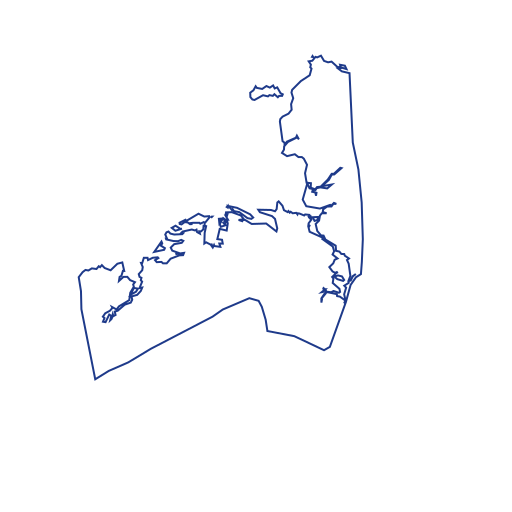 Kaimana, Papua Barat, Indonesia, rotated 133°
{"feature_id": "22746128B93097528927367", "entity_name": "Kaimana", "entity_type": "district", "adm_level": 2, "iso_a3": "IDN", "parent_name": "Indonesia", "parent_adm1": "Papua Barat", "projection": "albers", "projection_center": [133.918, -3.548], "detail": "fine", "context": "isolated", "style": "outline", "palette": "blue", "viewbox_px": 512, "rotation_deg": 133, "n_neighbors": 0, "source": "geoboundaries", "source_scale": "gbopen_adm2", "svg_char_len": 6158}
<svg xmlns="http://www.w3.org/2000/svg" viewBox="0 0 512 512"><g transform="rotate(133 256 256)"><path d="M414.0,347.4L455.8,289.5L440.4,285.3L421.0,276.9L395.5,269.6L330.0,246.4L317.8,243.8L291.4,232.1L287.0,223.5L289.2,217.1L296.0,205.5L303.1,196.5L288.5,173.3L278.5,142.0L272.1,140.0L228.3,158.9L212.6,167.1L203.4,168.4L197.7,166.9L188.2,174.5L170.9,189.3L144.8,215.2L122.9,240.1L107.0,262.6L58.5,312.3L62.4,319.1L62.9,324.0L59.5,321.2L57.6,317.3L56.2,320.8L58.8,324.9L59.6,323.4L62.2,324.8L62.3,333.3L65.2,335.4L66.9,339.3L65.2,345.1L69.0,346.7L69.8,348.3L74.8,348.0L77.7,350.2L78.6,346.4L81.0,345.0L81.1,343.2L87.2,340.0L97.5,342.5L109.8,342.9L112.3,341.5L115.2,336.4L121.0,333.9L124.7,329.7L129.7,329.3L135.9,331.6L139.3,331.6L141.4,330.2L153.9,314.9L153.7,312.5L155.4,310.7L151.3,311.4L142.3,307.5L140.1,308.2L141.4,304.2L141.2,306.8L150.8,310.4L156.6,310.2L159.1,308.1L162.9,307.3L161.8,301.4L155.1,297.0L154.7,292.4L152.4,290.0L152.2,287.4L154.5,280.9L162.0,276.6L167.9,269.0L165.3,265.5L168.7,262.6L166.8,258.1L164.0,258.4L161.2,256.0L151.2,255.6L144.3,256.7L142.8,255.1L134.0,254.5L133.4,253.4L143.0,254.4L144.8,256.1L150.7,254.6L160.2,255.5L152.0,249.3L158.0,250.0L161.9,255.7L165.0,257.9L167.2,257.5L167.8,258.7L170.1,258.0L168.5,254.9L171.0,253.2L169.1,255.9L170.7,258.7L168.1,259.9L170.0,263.0L167.9,268.0L182.9,260.3L185.3,253.2L177.7,241.6L168.0,236.6L167.8,235.3L164.0,235.2L163.1,232.8L165.1,235.0L168.3,234.6L171.3,237.7L176.1,238.7L178.3,237.2L176.6,233.5L179.9,237.0L182.8,236.8L187.1,234.0L191.9,234.2L195.9,228.3L196.6,222.5L195.0,220.5L196.6,216.5L194.1,204.8L197.6,201.0L195.9,198.0L196.3,195.0L194.4,192.8L195.2,191.3L194.4,186.3L196.9,186.7L198.4,183.0L206.2,173.4L210.7,171.6L208.9,170.2L204.9,171.5L201.1,170.7L204.9,171.3L209.3,170.0L211.1,171.2L212.5,169.9L217.5,171.2L217.7,168.5L223.9,165.4L228.2,159.1L230.5,158.5L228.9,159.4L230.5,159.8L228.8,159.5L227.7,160.8L228.5,167.0L230.0,169.3L228.8,170.9L233.5,178.7L234.8,180.1L235.7,179.5L242.2,179.1L242.8,178.1L245.5,176.4L242.4,179.3L234.6,180.5L233.6,182.6L236.6,182.5L237.7,183.3L233.5,182.8L234.1,183.3L234.2,183.9L234.0,184.5L233.4,184.7L233.2,181.8L234.3,180.5L231.2,176.3L228.7,175.4L226.3,170.3L224.9,170.0L223.1,172.6L223.4,181.5L219.7,184.0L219.4,186.0L214.1,185.7L215.1,189.5L214.1,194.8L208.7,194.5L205.1,195.9L202.2,194.7L202.7,201.0L199.2,202.1L196.7,206.3L198.3,219.0L196.9,219.1L201.7,233.3L198.6,238.1L196.2,239.8L191.8,240.3L191.6,243.7L189.6,245.1L192.1,248.4L193.5,248.4L195.3,253.2L196.3,254.6L197.3,254.1L197.0,256.0L199.7,258.3L200.0,260.8L201.3,260.9L201.0,262.9L202.3,262.8L203.4,266.8L201.2,270.9L200.6,276.7L202.3,276.9L207.6,272.9L210.3,272.6L212.1,276.4L220.6,285.9L221.3,283.0L215.9,271.5L215.9,267.4L221.3,259.3L224.1,257.8L225.3,270.7L235.5,281.0L237.1,288.7L238.8,290.2L239.9,289.8L241.5,293.3L237.4,289.9L236.7,294.7L240.4,303.5L244.5,307.7L246.2,306.6L245.0,305.3L246.7,304.5L247.3,305.5L248.6,301.2L249.4,302.0L251.5,298.8L257.4,294.8L260.9,301.0L270.0,295.8L267.3,291.9L269.6,288.8L271.9,291.3L273.6,288.3L277.1,293.2L276.6,294.2L279.3,293.4L278.6,296.9L280.0,301.8L282.1,302.3L274.0,309.4L267.4,313.3L268.5,312.9L268.3,314.6L269.2,313.8L269.7,314.9L272.5,312.7L275.5,313.0L276.6,314.3L277.9,312.3L278.7,315.4L277.3,317.5L278.9,318.0L280.4,321.0L288.1,326.3L290.7,326.4L289.3,324.8L290.3,324.8L296.1,330.5L298.0,333.9L297.8,336.7L299.7,337.6L302.2,337.0L303.8,333.3L304.6,333.9L305.1,333.0L301.3,326.5L298.3,323.1L295.2,321.7L294.5,319.5L297.0,319.3L303.1,323.9L308.0,324.1L309.2,320.9L306.8,315.4L309.5,316.1L302.8,310.8L305.1,309.9L307.8,312.5L316.2,316.6L322.3,316.3L324.8,319.0L324.8,321.1L328.2,324.4L327.9,327.0L324.1,326.0L324.0,327.0L327.7,330.3L332.6,332.2L331.3,334.1L333.8,336.8L338.8,334.4L339.5,335.3L341.3,331.3L344.0,329.5L349.2,329.4L350.7,326.9L350.1,324.9L352.3,323.7L352.4,321.8L358.9,319.3L356.7,317.7L360.2,316.4L365.5,316.4L370.5,319.5L372.4,316.7L375.5,315.8L381.1,318.8L390.3,319.8L393.0,321.4L394.9,318.5L398.1,319.6L400.7,318.7L402.4,318.8L398.5,321.0L398.9,323.4L407.0,320.9L408.4,323.1L404.7,324.5L404.8,326.6L400.7,327.2L395.7,325.5L391.9,325.6L391.5,326.6L390.2,321.5L386.3,321.9L374.7,318.6L368.6,322.9L361.8,324.4L360.6,326.4L357.7,326.7L359.5,331.6L359.0,335.9L361.7,338.7L367.7,339.2L364.3,341.5L362.3,340.9L357.6,343.2L356.8,342.2L351.9,349.4L356.2,352.1L365.6,352.6L368.0,358.5L367.8,362.5L370.5,362.4L370.7,364.0L374.3,363.8L377.0,367.6L380.9,368.7L382.5,371.2L386.0,371.8L392.4,371.2L401.1,360.0L414.0,347.4ZM123.1,348.3L121.1,346.1L119.5,346.7L120.2,349.0L118.2,355.5L120.7,356.6L119.6,359.8L123.4,360.7L124.6,364.3L129.6,365.4L132.5,370.1L132.1,372.0L136.5,370.9L140.5,371.6L143.6,368.5L144.0,365.4L142.9,363.5L133.6,360.5L131.1,356.1L129.2,355.9L127.4,352.9L125.1,352.9L125.0,348.3L123.1,348.3ZM266.8,315.9L259.3,316.4L258.8,317.4L262.4,320.7L264.3,326.9L277.9,330.9L277.6,332.3L283.8,334.6L284.6,333.6L283.7,332.0L279.9,331.3L278.0,328.8L277.7,325.9L276.0,324.3L276.8,326.5L274.9,324.9L270.3,320.0L270.4,318.8L266.8,317.3L266.8,315.9ZM234.1,288.0L232.0,284.7L229.8,284.3L229.5,288.7L233.7,302.7L238.2,310.1L238.8,304.8L237.7,305.0L238.2,302.7L235.3,298.1L234.1,288.0ZM314.1,327.4L312.4,328.0L313.3,332.5L310.7,333.2L309.9,335.0L322.4,333.2L314.1,327.4ZM258.6,301.6L254.3,299.3L254.1,301.3L253.6,300.2L252.4,301.4L250.7,300.7L250.5,301.9L252.0,302.7L250.9,303.1L251.4,304.6L250.4,304.0L250.7,305.9L257.4,304.3L258.6,301.6ZM292.9,336.8L292.5,332.2L286.5,328.8L287.7,329.7L288.7,335.5L292.9,336.8ZM213.4,175.2L212.3,179.2L214.3,182.8L217.6,184.7L217.5,180.8L214.8,175.3L213.4,175.2ZM364.0,319.4L360.4,320.1L362.6,323.5L370.0,321.4L364.0,319.4ZM187.7,235.6L185.2,237.3L189.0,241.0L190.4,237.1L187.7,235.6ZM254.1,308.5L256.8,305.4L252.1,306.7L254.1,308.5ZM396.2,321.1L398.0,320.1L396.9,319.9L396.2,321.1ZM238.8,310.8L240.1,310.8L239.9,309.8L238.8,310.8ZM196.5,237.8L198.0,238.1L198.4,237.2L196.5,237.8ZM190.7,243.8L190.3,242.4L189.7,243.3L190.7,243.8ZM71.2,351.0L72.1,350.8L71.5,349.9L71.2,351.0ZM212.4,186.7L213.3,185.6L212.8,185.4L212.4,186.7ZM277.4,297.1L278.1,296.4L277.9,296.0L277.4,297.1ZM257.5,315.3L258.7,314.9L257.1,314.9L257.5,315.3Z" fill="none" stroke="#1e3a8a" stroke-width="2"/></g></svg>